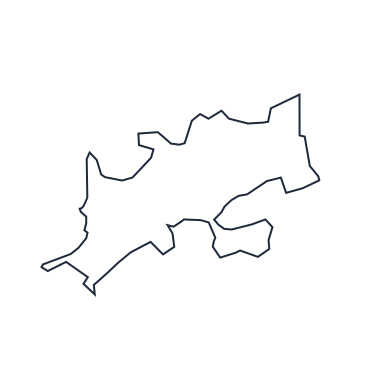 the district of Suffolk, Massachusetts, United States of America, rotated 206°
{"feature_id": "52423323B97000000441045", "entity_name": "Suffolk", "entity_type": "district", "adm_level": 2, "iso_a3": "USA", "parent_name": "United States of America", "parent_adm1": "Massachusetts", "projection": "mercator", "projection_center": [-71.062, 42.336], "detail": "fine", "context": "isolated", "style": "outline", "palette": "slate", "viewbox_px": 384, "rotation_deg": 206, "n_neighbors": 0, "source": "geoboundaries", "source_scale": "gbopen_adm2", "svg_char_len": 1276}
<svg xmlns="http://www.w3.org/2000/svg" viewBox="0 0 384 384"><g transform="rotate(206 192 192)"><path d="M82.7,258.3L85.4,261.5L97.5,267.0L115.0,291.2L120.1,290.0L138.1,326.7L157.8,301.8L154.4,288.5L158.6,285.5L171.9,278.0L172.1,278.0L190.9,274.1L201.1,278.0L209.3,265.1L218.9,265.6L223.4,256.0L220.0,232.6L224.1,229.0L232.1,226.3L248.9,230.8L265.8,221.0L260.2,210.9L245.3,213.4L243.8,204.9L244.8,201.6L250.2,184.1L251.9,178.8L259.8,171.7L274.5,167.8L276.6,167.2L281.3,167.9L291.6,179.0L301.3,182.6L301.1,175.5L283.7,141.2L283.3,135.6L283.4,131.6L284.2,129.0L285.6,127.8L283.3,125.4L276.3,123.5L273.4,117.6L271.9,110.4L268.1,109.7L266.8,104.1L269.5,92.2L273.8,83.1L294.2,61.6L294.3,58.5L287.0,57.7L274.5,74.0L248.3,69.8L249.3,61.9L234.5,57.3L239.5,65.4L232.3,82.9L227.7,95.3L220.7,110.8L207.4,129.0L190.7,123.2L183.9,134.9L191.4,146.3L199.4,151.5L193.3,152.8L188.7,160.7L187.2,163.8L171.9,170.5L163.6,172.0L151.0,161.1L150.8,157.4L149.4,152.0L137.9,145.4L126.3,156.4L123.1,160.5L104.3,162.6L97.6,174.7L102.1,182.3L104.3,195.7L114.0,199.5L123.9,189.2L139.9,175.7L146.8,173.0L153.7,174.1L160.0,176.9L156.6,187.0L156.4,193.0L153.0,202.0L148.4,209.0L141.4,214.1L129.5,234.6L118.5,243.9L107.0,232.5L94.2,243.9L82.7,258.3Z" fill="none" stroke="#1e293b" stroke-width="2"/></g></svg>